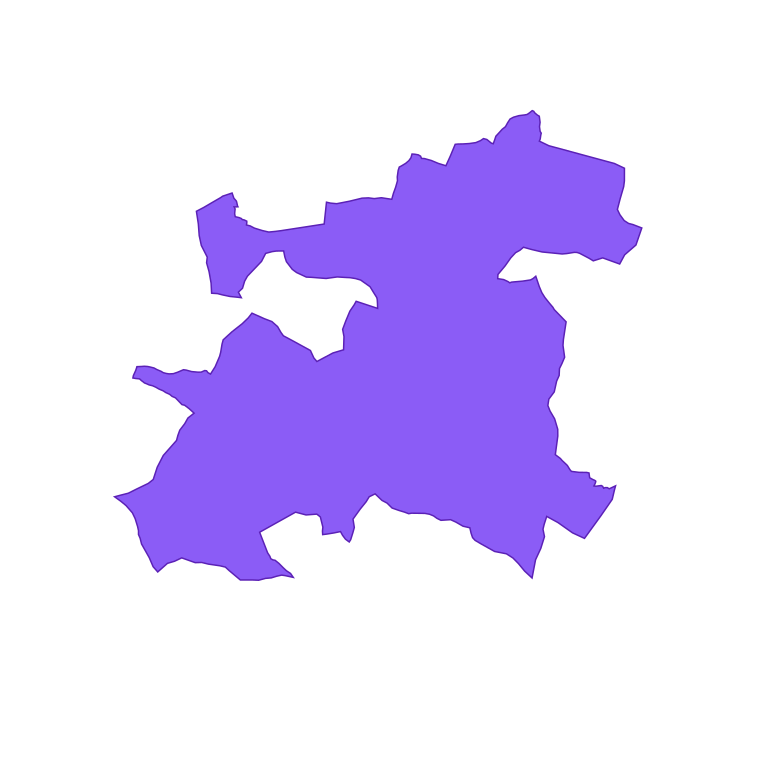 the district of Nwangele, Imo, Nigeria, rotated 345°
{"feature_id": "59680162B11133908611483", "entity_name": "Nwangele", "entity_type": "district", "adm_level": 2, "iso_a3": "NGA", "parent_name": "Nigeria", "parent_adm1": "Imo", "projection": "albers", "projection_center": [7.127, 5.702], "detail": "fine", "context": "isolated", "style": "filled", "palette": "violet", "viewbox_px": 768, "rotation_deg": 345, "n_neighbors": 0, "source": "geoboundaries", "source_scale": "gbopen_adm2", "svg_char_len": 5149}
<svg xmlns="http://www.w3.org/2000/svg" viewBox="0 0 768 768"><g transform="rotate(345 384 384)"><path d="M149.8,303.3L149.1,304.5L147.7,306.6L145.9,308.8L144.1,311.0L143.0,313.2L145.5,314.4L149.2,315.8L150.6,318.0L151.9,319.6L152.9,321.0L154.7,322.3L156.9,324.1L160.0,325.8L162.7,328.0L165.4,330.7L169.0,333.5L170.9,335.7L174.3,338.5L176.1,341.1L179.0,343.4L183.5,351.6L185.9,352.9L189.4,357.4L193.0,363.0L185.8,366.1L181.2,370.8L174.8,375.7L171.6,380.3L169.0,384.8L152.3,395.9L143.4,405.7L136.4,416.5L130.6,419.0L118.0,421.4L108.8,423.3L100.7,423.2L94.6,423.2L99.4,429.1L103.4,434.7L107.6,443.3L108.8,449.7L109.1,457.9L108.9,462.2L107.9,465.8L108.5,470.0L108.4,475.8L112.3,491.0L113.7,500.7L116.8,507.0L128.4,501.2L135.8,501.0L143.6,499.6L155.4,507.7L161.7,509.2L167.7,512.5L178.4,517.1L183.4,519.8L186.1,524.1L194.5,536.1L205.7,539.1L212.1,541.1L219.3,541.1L224.9,542.1L230.4,541.9L235.6,542.1L238.9,543.5L246.3,547.3L244.7,542.8L241.4,539.1L239.0,535.2L236.1,530.1L233.2,526.1L231.1,525.1L229.4,523.4L229.2,520.9L227.9,517.0L225.5,495.0L265.4,484.9L274.8,490.3L285.4,492.3L288.1,495.9L287.9,506.4L286.5,510.1L285.8,513.6L290.2,514.2L297.1,514.9L303.8,515.3L304.8,519.4L306.6,523.9L309.5,527.6L311.5,525.8L315.5,519.5L318.2,514.9L319.1,506.5L328.6,498.7L336.3,493.1L340.5,489.1L347.0,487.8L351.9,495.9L356.1,499.8L359.7,505.9L365.7,510.0L370.7,513.1L374.3,515.7L377.1,515.9L387.0,518.7L390.1,519.6L394.3,521.6L397.7,524.2L400.4,527.5L403.7,530.4L413.2,532.3L417.7,536.0L423.5,541.8L429.7,545.1L429.5,550.5L429.8,555.3L431.5,558.6L436.2,563.4L447.5,574.4L458.3,579.7L463.5,585.4L467.4,592.3L471.4,601.1L476.8,609.7L484.9,593.0L492.9,583.4L499.5,573.0L500.0,565.4L502.4,561.0L506.9,554.0L516.2,562.9L527.6,576.6L537.7,585.0L559.3,567.5L574.6,554.5L578.9,546.5L581.3,542.3L574.4,543.5L572.9,541.9L570.8,541.3L569.2,541.5L568.7,539.4L567.6,538.3L564.7,537.9L562.3,537.6L560.4,536.8L562.1,534.9L563.3,533.1L563.3,532.4L562.5,531.5L561.1,530.4L558.4,527.8L558.7,525.2L559.0,523.0L557.0,521.9L549.5,519.8L542.4,516.9L541.4,514.8L540.0,510.1L537.5,506.0L536.3,504.1L535.1,501.6L531.2,496.6L538.4,479.3L540.1,472.7L539.8,461.8L537.4,453.1L536.7,447.2L539.3,441.3L546.4,435.7L551.5,425.9L555.4,421.1L557.5,414.5L561.1,410.4L565.4,404.9L566.9,393.0L568.8,387.5L576.0,371.1L567.7,356.2L567.0,353.6L564.5,348.3L561.8,342.1L560.1,336.6L559.2,330.1L558.5,319.2L555.3,320.7L552.5,321.4L544.5,320.5L537.7,319.3L533.6,318.6L531.7,318.8L530.2,317.1L526.6,314.1L522.8,312.4L521.1,311.7L522.4,307.7L531.5,301.3L539.2,294.9L545.1,291.2L549.9,290.0L554.1,288.0L561.6,292.4L570.9,297.4L581.8,301.5L589.7,304.5L594.2,305.3L601.9,306.1L604.5,306.9L606.8,308.4L614.7,315.7L618.0,319.2L627.9,318.8L642.7,329.1L649.9,321.5L663.3,315.0L673.4,300.0L665.7,294.4L661.8,292.2L658.3,288.3L655.7,281.6L654.6,275.8L660.0,266.3L666.6,255.4L668.8,250.0L672.1,237.8L663.6,230.6L604.9,196.5L596.9,189.6L598.3,187.8L599.9,184.1L600.8,182.4L600.2,180.4L600.8,175.7L602.5,171.6L603.3,165.5L601.8,164.0L599.8,161.1L599.2,159.3L597.9,158.3L594.8,159.7L592.0,160.7L589.5,160.5L583.8,159.7L578.1,159.8L574.3,160.7L571.1,163.6L567.9,166.9L564.0,168.6L561.1,170.5L556.2,173.6L554.1,176.8L551.7,180.2L550.0,179.1L548.0,176.3L546.6,174.4L543.6,172.7L540.2,173.9L535.2,174.6L528.6,173.8L522.6,172.6L517.8,171.4L514.8,170.9L507.2,180.8L500.3,189.2L493.6,185.0L487.5,180.3L481.4,176.7L478.6,175.8L478.3,173.4L476.4,171.5L473.2,170.0L470.6,169.1L468.6,172.4L465.8,174.7L462.0,176.5L457.1,177.9L454.9,178.4L453.0,181.3L450.4,187.4L449.6,191.2L446.2,196.9L442.5,202.2L439.3,207.6L429.7,203.4L422.6,202.4L417.2,200.2L410.9,198.8L397.9,198.5L385.0,197.6L379.1,195.4L375.5,193.5L367.6,214.0L324.7,209.3L318.7,208.5L312.0,207.4L306.2,204.3L299.2,199.9L295.6,196.6L292.3,194.8L293.2,192.8L293.6,191.2L291.4,189.3L289.7,188.5L289.0,187.2L287.0,185.7L283.6,183.9L283.8,181.0L284.6,178.7L285.5,176.4L285.1,174.1L287.2,174.7L288.8,175.0L288.6,174.2L288.7,172.3L288.8,169.9L288.7,169.0L287.9,167.3L287.1,165.8L286.7,160.2L276.8,160.8L274.7,161.6L264.3,164.4L255.6,166.8L247.5,168.6L246.1,181.2L243.9,192.9L243.4,202.9L246.1,215.7L244.0,221.0L244.1,230.1L243.1,241.7L241.0,251.7L246.6,253.6L251.0,256.1L257.9,259.6L264.8,262.2L268.5,263.7L267.1,257.6L272.1,254.9L276.0,248.6L280.0,244.5L297.4,233.9L303.5,227.2L310.2,227.2L314.4,227.7L321.5,229.5L321.1,235.7L321.4,240.6L325.1,249.6L328.4,253.7L336.6,260.6L341.6,262.2L355.4,267.1L358.8,267.5L366.6,268.5L374.0,271.0L378.7,272.5L383.8,274.8L388.3,277.5L395.7,286.4L397.7,293.2L399.4,298.7L399.3,300.8L398.5,304.7L397.4,309.3L378.5,296.9L375.7,299.8L369.9,304.8L363.4,313.2L358.2,320.5L357.6,327.9L353.8,340.5L342.7,340.8L325.0,344.9L323.0,340.7L321.6,332.6L307.3,318.9L299.3,311.4L297.8,307.5L296.1,301.1L291.9,294.7L285.4,290.0L274.8,281.4L270.0,285.0L262.6,289.1L250.7,294.2L240.1,299.7L237.9,303.5L234.5,311.0L232.4,314.7L225.4,323.6L219.0,329.5L216.9,327.5L216.0,325.3L214.3,324.6L210.5,325.2L207.6,324.5L201.4,322.2L196.6,319.4L194.0,318.3L187.7,319.2L183.2,319.5L179.0,318.6L176.3,317.4L173.7,315.9L172.0,314.1L168.4,311.3L166.0,309.0L162.4,307.0L160.2,305.9L157.0,304.8L154.3,304.3L149.8,303.3Z" fill="#8b5cf6" stroke="#5b21b6" stroke-width="1.5"/></g></svg>